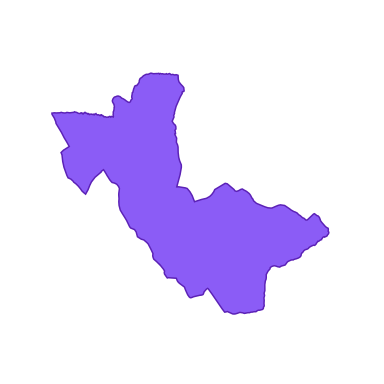 Mbogwe, Shinyanga, United Republic of Tanzania, rotated 151°
{"feature_id": "72390352B61326482335333", "entity_name": "Mbogwe", "entity_type": "district", "adm_level": 2, "iso_a3": "TZA", "parent_name": "United Republic of Tanzania", "parent_adm1": "Shinyanga", "projection": "robinson", "projection_center": [32.171, -3.47], "detail": "fine", "context": "isolated", "style": "filled", "palette": "violet", "viewbox_px": 384, "rotation_deg": 151, "n_neighbors": 0, "source": "geoboundaries", "source_scale": "gbopen_adm2", "svg_char_len": 5966}
<svg xmlns="http://www.w3.org/2000/svg" viewBox="0 0 384 384"><g transform="rotate(151 192 192)"><path d="M147.8,301.2L148.0,301.3L149.1,302.4L149.9,302.5L150.7,303.0L151.5,303.9L152.2,304.4L152.9,304.5L153.7,305.1L153.9,306.0L154.2,306.5L156.2,306.9L156.8,307.2L157.0,307.9L158.2,308.0L158.9,308.5L159.6,308.8L160.2,309.6L161.4,310.1L162.2,311.0L162.9,311.1L163.3,311.0L163.5,311.9L164.5,312.2L166.6,313.3L168.3,314.1L169.2,314.9L169.8,315.5L170.7,316.0L173.3,316.2L174.9,317.1L175.7,317.2L178.2,317.2L179.8,316.7L181.2,316.5L181.8,316.5L182.4,316.4L183.7,315.4L184.4,314.6L184.9,313.7L185.7,313.2L188.3,312.0L188.8,311.9L189.0,312.2L189.4,312.2L189.8,312.4L190.5,312.4L191.0,312.2L191.8,311.4L192.9,310.6L195.3,308.0L196.1,307.8L196.9,306.6L198.0,305.3L198.8,304.1L198.9,303.6L198.9,303.1L199.0,302.7L199.5,302.3L200.6,302.1L202.1,300.9L203.0,300.7L203.6,300.8L204.6,302.0L205.0,302.9L205.4,303.6L205.8,304.7L206.6,306.2L207.4,307.5L207.9,308.0L208.7,310.3L210.1,311.8L211.2,312.2L212.9,312.4L213.6,312.6L214.4,312.5L216.1,311.7L217.4,310.5L217.8,309.4L217.8,307.7L217.9,307.1L217.7,306.6L218.7,303.9L219.1,303.5L219.3,303.5L219.5,303.0L220.5,301.6L221.4,300.7L222.1,300.2L222.9,298.6L223.3,298.2L223.6,297.6L224.1,296.2L224.5,295.8L225.2,296.6L225.7,297.1L226.7,296.9L226.7,297.3L227.1,297.9L227.6,298.1L228.4,298.1L228.7,297.9L229.4,298.4L230.3,298.6L230.8,299.2L231.3,299.8L231.9,300.1L232.5,300.3L232.5,301.0L232.8,301.2L233.0,301.6L232.9,302.0L233.2,302.4L233.5,302.5L233.8,303.5L234.3,303.7L234.6,303.5L234.8,303.2L235.5,303.5L235.7,303.8L235.8,304.2L236.6,305.1L237.1,305.1L237.6,305.6L237.9,306.1L238.0,307.1L238.5,307.0L239.3,307.3L239.7,307.3L239.9,306.9L240.1,307.0L240.3,307.3L240.3,307.7L240.6,307.8L241.0,307.7L241.3,308.0L242.1,308.8L242.4,308.8L242.6,309.1L243.3,309.4L243.9,309.5L244.0,309.4L244.3,309.5L244.4,309.8L244.4,310.5L244.7,310.6L244.7,310.9L244.9,311.0L245.1,311.1L245.4,310.9L245.8,311.8L246.0,311.8L246.1,312.0L246.3,312.4L246.8,312.7L246.9,313.5L247.3,313.6L247.6,313.3L248.0,313.5L249.2,313.1L249.3,313.5L249.5,313.4L249.9,313.5L250.1,314.0L250.0,314.3L250.1,314.7L250.6,315.0L250.9,315.0L251.2,315.1L251.6,314.9L252.4,315.2L253.2,315.9L253.7,316.6L254.1,317.3L255.2,318.4L255.7,318.6L255.9,319.1L257.3,319.1L257.9,319.5L260.5,320.5L262.9,322.3L264.1,322.4L265.5,323.1L266.9,324.2L267.8,325.1L269.1,325.3L272.5,327.0L274.0,328.0L276.3,328.9L276.8,327.7L276.6,323.6L277.1,319.5L277.7,317.8L277.3,307.4L277.5,301.4L277.3,296.5L277.3,291.3L284.1,290.9L287.4,290.0L287.7,287.5L290.3,281.3L292.0,275.6L293.4,267.0L293.5,264.4L293.1,264.1L293.1,263.9L291.7,262.0L290.7,259.0L290.7,258.0L289.5,255.3L288.6,252.2L287.9,248.2L287.8,246.4L287.0,243.9L286.1,241.7L281.8,244.4L277.8,247.7L277.4,247.9L277.3,248.0L275.2,249.5L269.7,251.9L261.7,253.5L261.4,254.0L258.6,254.4L258.5,253.8L258.3,249.7L258.3,247.3L258.2,246.4L258.0,242.5L257.6,240.3L257.5,240.0L257.3,239.1L255.4,237.3L254.0,235.2L253.6,232.7L253.6,231.9L253.8,230.2L256.6,226.4L257.5,224.9L259.1,221.5L260.7,219.0L262.3,215.6L263.5,211.0L263.4,207.4L263.1,201.9L263.0,198.8L263.4,191.8L263.1,190.2L260.5,187.0L260.2,184.1L261.4,179.3L259.3,175.4L257.4,173.5L256.0,169.7L255.5,167.8L255.7,161.6L256.0,157.1L257.3,155.2L257.8,153.4L258.0,151.8L256.7,148.2L255.4,143.7L255.3,143.8L254.4,138.5L254.3,136.4L254.5,135.9L255.2,135.2L255.6,134.2L255.8,133.6L255.6,131.2L255.3,128.8L254.2,128.5L247.6,124.2L247.6,123.5L247.8,122.4L247.9,121.1L247.7,119.6L247.2,118.1L244.7,112.5L245.2,109.2L245.6,104.2L245.3,101.5L244.8,100.4L243.8,99.9L241.3,99.6L235.6,98.0L233.3,97.1L232.0,97.0L230.9,97.8L229.8,98.8L226.6,100.0L225.0,100.1L224.7,99.3L223.9,92.4L222.3,75.4L221.7,71.1L220.7,70.7L219.0,70.3L215.5,65.6L213.6,64.5L211.6,64.0L208.5,63.5L206.3,61.8L205.0,60.4L201.5,59.3L200.4,58.6L198.6,58.3L197.2,57.6L195.9,57.3L194.1,56.3L192.7,56.5L191.4,56.5L190.1,55.8L187.3,55.1L186.2,55.4L185.2,56.7L184.1,57.3L183.1,59.5L181.3,62.4L180.4,64.6L179.6,65.3L178.7,66.3L178.0,68.5L176.1,70.4L173.2,75.7L171.0,78.6L170.3,79.2L169.5,79.8L168.5,81.2L167.1,83.8L163.9,85.9L161.1,86.9L160.2,88.0L158.3,88.2L155.9,87.7L154.6,86.6L153.3,85.1L151.7,83.8L149.8,83.9L146.0,83.0L145.0,83.4L142.7,84.5L141.5,84.7L138.2,84.4L137.2,84.0L136.4,83.5L135.7,83.6L134.6,83.4L133.0,83.0L131.1,82.7L129.3,82.7L127.9,83.2L127.1,83.9L126.5,84.8L125.5,85.4L124.7,85.4L123.1,86.2L122.0,86.6L120.8,86.6L119.0,86.2L117.6,86.2L116.5,86.7L114.9,86.8L113.8,86.8L111.6,86.6L110.5,85.8L108.5,86.4L107.9,87.0L107.6,87.0L105.8,87.9L105.4,87.5L104.8,87.5L103.6,87.7L102.5,87.7L101.8,87.5L101.1,88.2L100.4,88.4L99.6,88.9L98.6,88.9L98.1,88.8L98.0,88.3L97.3,88.3L96.8,88.1L94.9,88.2L94.3,88.8L93.0,89.2L92.1,90.0L91.8,90.8L92.0,91.6L91.0,93.0L90.5,94.2L91.6,95.9L92.2,97.6L93.2,102.3L93.5,104.4L93.2,105.9L92.9,108.1L93.4,110.1L94.2,110.8L95.0,112.8L95.5,113.7L96.4,113.8L104.6,111.7L105.4,111.9L106.2,112.6L106.4,113.8L106.9,114.9L107.8,115.9L108.8,118.9L109.4,119.8L109.9,121.2L110.2,122.6L111.4,124.4L112.4,125.5L114.0,128.1L114.9,130.2L117.5,135.3L120.9,137.9L122.9,138.5L125.3,138.8L129.7,139.2L130.8,139.7L133.3,141.4L135.6,143.9L141.1,150.8L142.4,154.4L142.2,156.5L142.5,157.8L142.4,160.9L142.7,162.9L144.0,166.1L145.8,168.9L146.5,170.2L147.8,170.6L150.6,170.6L152.6,170.9L153.8,172.0L154.1,174.0L157.2,182.1L158.8,183.5L170.9,183.1L173.0,181.6L176.0,180.2L178.7,179.5L182.5,179.5L187.5,180.9L194.5,182.3L193.6,188.8L193.7,193.3L194.5,197.4L195.9,198.9L201.0,202.9L202.8,203.9L194.0,213.0L189.3,218.8L188.2,220.9L187.7,225.2L186.8,228.8L184.9,233.4L182.4,238.1L181.8,240.2L181.6,243.0L179.3,246.6L179.1,250.7L178.9,251.2L178.1,251.0L177.2,253.3L177.1,254.2L175.5,254.9L174.4,257.1L174.2,258.6L174.7,259.8L175.0,261.7L175.0,263.5L171.4,266.3L170.9,267.8L169.2,269.2L168.7,270.2L167.1,271.8L164.4,274.6L156.7,280.5L154.6,281.9L152.8,282.9L152.3,284.1L151.5,284.3L150.7,283.9L149.9,284.2L148.6,287.3L148.8,288.8L149.6,291.9L150.0,294.7L149.4,297.1L147.6,300.8L147.8,301.2Z" fill="#8b5cf6" stroke="#5b21b6" stroke-width="1.5"/></g></svg>